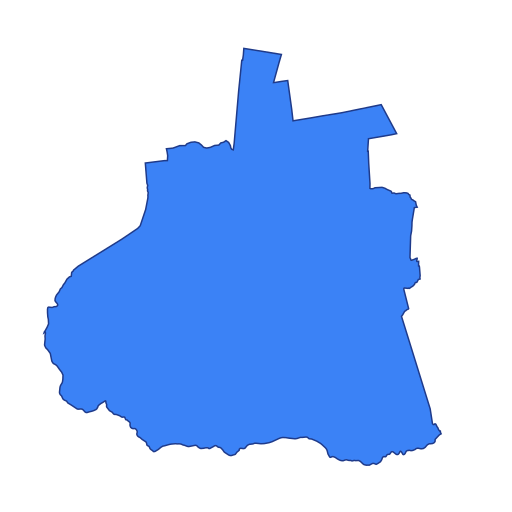 the district of Filipestii De Padure, Prahova, Romania, rotated 276°
{"feature_id": "2599482B38308442740550", "entity_name": "Filipestii De Padure", "entity_type": "district", "adm_level": 2, "iso_a3": "ROU", "parent_name": "Romania", "parent_adm1": "Prahova", "projection": "equal_earth", "projection_center": [25.71, 44.993], "detail": "fine", "context": "isolated", "style": "filled", "palette": "blue", "viewbox_px": 512, "rotation_deg": 276, "n_neighbors": 0, "source": "geoboundaries", "source_scale": "gbopen_adm2", "svg_char_len": 5818}
<svg xmlns="http://www.w3.org/2000/svg" viewBox="0 0 512 512"><g transform="rotate(276 256 256)"><path d="M97.8,457.7L98.5,458.7L99.9,457.9L101.8,457.5L100.8,457.3L102.5,455.6L104.2,454.8L105.1,453.9L107.4,452.5L107.6,452.2L107.8,451.6L107.6,451.2L107.1,450.9L106.9,449.9L107.8,449.0L122.2,445.2L211.2,407.0L212.8,408.0L216.5,409.6L217.3,410.7L218.3,411.5L219.0,412.9L219.6,413.3L238.5,406.4L239.4,406.5L239.7,407.1L239.7,410.4L239.7,410.6L240.0,411.1L239.8,411.8L240.1,412.3L241.4,413.7L242.3,415.0L244.3,416.6L245.8,417.0L246.3,417.4L246.4,417.7L246.5,418.5L247.0,418.9L249.6,419.9L250.3,421.6L251.6,421.2L253.6,421.3L262.2,419.7L263.1,419.4L263.1,418.7L267.7,418.3L267.4,417.2L267.4,416.6L267.6,416.4L268.5,416.3L270.1,416.6L270.6,416.5L270.4,415.6L269.2,413.7L268.0,411.1L268.0,410.7L268.3,410.4L269.8,409.8L270.3,409.3L292.3,407.7L297.1,408.1L302.3,407.9L306.1,407.6L308.8,407.7L320.7,408.4L321.4,411.2L323.2,410.1L326.7,409.0L327.1,407.9L328.2,406.1L328.6,404.7L330.0,403.9L330.6,403.2L332.7,402.7L333.2,401.4L334.1,400.7L334.4,399.6L334.5,398.9L334.4,396.4L333.5,393.7L333.2,391.5L332.6,389.1L332.6,388.3L333.1,386.7L332.7,384.8L333.0,384.4L334.2,383.9L334.6,383.4L335.9,379.3L336.8,377.3L337.4,374.6L337.4,373.8L336.3,367.2L335.4,365.8L335.0,364.5L334.9,363.0L335.2,362.2L339.9,361.8L360.0,358.4L371.7,356.7L371.9,356.7L371.8,356.1L384.4,355.6L390.7,377.9L392.4,383.1L419.6,364.7L407.2,325.5L402.5,308.1L399.3,296.9L394.3,278.7L405.9,276.1L433.8,269.2L432.2,262.7L430.6,256.9L430.3,255.3L450.8,258.7L459.1,260.2L461.2,222.2L454.4,222.4L449.3,222.2L449.2,221.4L418.5,221.5L365.7,222.5L359.2,222.3L359.6,220.6L361.0,219.6L363.1,219.0L366.1,216.9L367.6,214.1L365.7,211.8L364.8,209.2L362.4,207.4L361.6,203.3L359.3,199.3L358.2,195.7L358.6,192.5L360.7,190.1L362.5,187.3L363.1,183.3L362.3,179.4L360.4,175.6L358.4,174.2L357.8,168.6L354.6,162.1L353.3,155.7L350.3,156.7L346.5,157.7L341.6,157.9L341.3,155.1L336.9,136.2L317.0,139.9L315.0,140.9L312.4,140.7L310.8,141.3L309.4,141.3L307.8,142.2L305.1,142.1L304.2,142.3L302.3,142.4L290.7,141.4L274.0,137.7L271.0,135.4L258.8,120.9L227.4,80.4L223.4,76.5L223.0,76.1L221.7,75.6L221.0,74.8L220.2,74.4L216.5,74.4L215.7,72.6L213.2,70.4L209.2,68.7L207.4,67.5L204.8,66.5L204.2,66.2L202.8,64.9L199.9,64.0L196.3,61.7L194.3,61.0L192.5,60.7L190.5,60.8L189.6,61.5L187.9,63.3L187.1,63.8L186.3,63.9L185.8,63.7L185.0,62.9L184.8,62.5L184.5,60.6L183.6,58.9L183.5,57.9L183.5,55.1L183.0,54.4L181.3,54.2L177.7,54.6L173.8,55.3L171.3,56.1L166.8,56.8L163.3,55.7L159.3,54.0L158.6,53.5L157.6,53.3L158.3,54.0L158.4,54.3L157.4,54.7L154.4,54.5L151.5,55.0L145.7,55.0L144.9,55.2L142.6,56.6L141.0,58.6L137.6,61.6L130.2,63.9L128.6,65.0L127.8,65.9L127.3,67.3L126.6,68.7L125.7,69.8L122.8,72.3L120.1,74.9L117.4,76.5L113.4,76.8L110.7,76.7L109.7,76.5L106.9,75.2L105.1,74.8L100.3,74.8L99.3,74.9L98.1,75.5L97.5,76.0L96.6,77.2L93.7,78.9L92.7,80.3L91.9,82.8L90.2,84.2L88.5,87.8L85.2,94.1L85.1,94.8L85.1,95.3L85.6,98.0L85.4,99.4L84.8,100.3L83.0,102.3L82.6,103.3L82.6,104.2L83.6,106.5L84.4,108.8L85.3,110.8L86.5,112.8L87.3,113.6L88.4,114.1L89.4,114.5L90.1,114.5L91.4,115.4L93.3,117.4L94.0,118.5L96.1,121.1L96.2,121.4L95.9,121.8L94.3,122.1L92.7,123.0L90.7,123.1L90.1,123.4L86.9,126.4L85.6,129.3L84.3,130.6L83.8,131.3L83.7,131.7L83.8,133.5L83.6,134.4L82.9,137.1L82.0,138.8L81.7,139.7L82.1,141.5L81.9,142.3L79.7,143.5L79.5,143.9L79.5,144.7L79.3,145.1L78.3,146.4L77.7,147.5L77.2,148.0L76.0,148.4L75.1,148.3L74.1,148.5L73.0,149.0L72.5,149.3L71.7,150.5L71.5,151.2L71.5,152.2L71.7,153.3L71.7,153.8L71.4,154.4L70.4,155.5L69.3,156.1L68.4,156.3L67.1,156.1L66.3,156.1L65.2,156.6L64.5,157.2L63.8,158.3L63.3,159.7L61.7,161.9L59.6,166.0L58.5,166.7L57.1,167.1L56.3,167.5L55.4,169.6L53.3,170.8L52.5,171.8L51.6,173.5L50.8,174.4L50.8,175.0L51.0,175.8L51.3,176.3L53.5,179.2L55.8,181.4L57.1,183.1L57.8,185.2L59.3,188.9L60.0,191.0L60.9,195.5L60.9,197.3L61.1,198.7L61.2,199.8L61.1,201.2L60.4,203.3L60.3,204.6L59.6,207.2L59.4,208.5L59.6,209.6L61.4,215.3L61.4,216.1L61.2,216.9L60.0,218.3L59.3,219.6L58.9,220.6L58.8,221.4L59.3,224.0L60.0,226.0L60.2,227.5L60.2,228.2L59.6,229.3L59.7,230.1L62.2,233.8L62.9,234.6L63.2,235.5L63.1,236.6L62.2,237.8L61.9,238.7L61.8,240.3L61.6,240.9L59.8,243.1L57.8,244.8L57.2,245.8L55.2,249.7L54.9,250.9L54.9,252.0L55.1,252.7L56.0,254.7L56.3,255.6L56.7,256.2L58.9,257.5L60.8,259.4L61.1,259.6L62.0,259.5L62.9,260.2L63.2,261.0L63.1,263.3L63.2,264.1L63.7,265.1L66.8,267.2L68.0,269.0L68.8,272.6L69.5,273.9L69.7,274.5L69.8,275.6L69.8,280.6L70.3,283.8L71.7,288.5L73.0,291.4L76.9,297.9L77.8,299.7L78.3,301.5L78.5,304.7L78.3,307.9L78.3,314.0L78.8,315.9L80.2,319.0L80.5,321.4L81.2,324.6L81.2,325.4L81.0,326.2L79.8,327.9L79.8,330.5L78.2,335.8L76.4,339.7L75.3,341.4L72.5,345.1L71.5,346.1L70.1,347.0L66.6,348.3L64.2,350.0L63.6,350.6L63.6,351.4L64.2,352.2L64.4,352.6L64.5,353.4L64.5,354.0L64.0,355.8L62.7,358.2L62.0,359.9L61.6,361.1L61.4,362.5L61.5,364.1L62.4,365.9L62.8,367.2L62.4,369.6L62.6,371.6L62.3,372.4L62.3,373.1L62.4,373.7L62.8,374.4L63.0,375.2L62.9,376.5L63.3,378.9L63.3,379.7L62.6,381.3L60.3,384.3L59.8,385.3L59.5,387.5L59.9,390.7L61.5,392.9L62.0,394.0L62.0,395.1L61.4,397.2L61.6,397.7L62.5,399.0L64.4,401.3L66.5,402.3L68.6,402.8L69.5,403.4L69.9,404.1L69.8,405.4L70.0,406.0L70.5,406.4L71.4,406.7L72.1,407.3L72.5,407.9L72.7,409.2L73.0,409.7L75.4,411.1L75.6,411.7L75.6,412.7L73.5,416.0L73.3,416.6L73.3,417.3L73.6,418.1L74.2,418.6L75.1,419.1L76.6,419.7L76.9,420.0L76.9,420.3L76.3,421.2L74.1,422.8L73.9,423.2L73.9,423.6L74.3,424.3L75.1,424.9L77.5,425.8L78.1,426.5L78.6,427.7L78.5,427.9L78.8,428.9L78.6,430.5L79.0,432.2L80.2,434.4L81.2,435.4L81.7,436.6L81.8,437.5L81.5,440.0L81.6,441.0L82.1,442.7L83.5,444.3L85.7,445.8L86.5,446.6L87.4,448.0L87.5,449.1L87.9,451.0L88.5,452.1L89.0,452.7L89.9,453.3L90.3,453.3L90.6,453.5L92.0,453.3L92.6,453.5L97.1,456.9L97.8,457.7Z" fill="#3b82f6" stroke="#1e3a8a" stroke-width="1.5"/></g></svg>